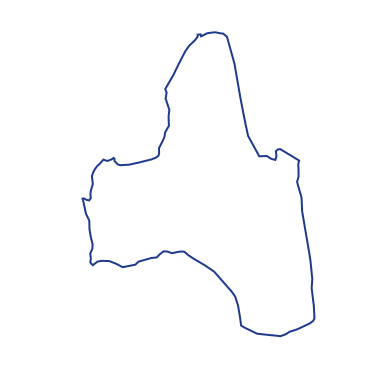 Chedepo, River Gee, Liberia (Robinson projection), rotated 82°
{"feature_id": "62588387B99879349198662", "entity_name": "Chedepo", "entity_type": "district", "adm_level": 2, "iso_a3": "LBR", "parent_name": "Liberia", "parent_adm1": "River Gee", "projection": "robinson", "projection_center": [-8.027, 5.46], "detail": "fine", "context": "isolated", "style": "outline", "palette": "blue", "viewbox_px": 384, "rotation_deg": 82, "n_neighbors": 0, "source": "geoboundaries", "source_scale": "gbopen_adm2", "svg_char_len": 2140}
<svg xmlns="http://www.w3.org/2000/svg" viewBox="0 0 384 384"><g transform="rotate(82 192 192)"><path d="M147.6,275.3L148.5,276.3L151.6,279.9L153.0,282.2L155.8,284.9L159.1,287.3L162.5,288.9L170.4,289.1L174.4,291.0L176.9,292.1L180.2,292.9L182.5,293.0L184.1,293.1L185.7,294.7L186.0,295.0L185.1,297.6L183.4,299.7L183.3,301.3L187.6,300.8L199.0,300.0L206.0,297.7L208.0,297.9L214.3,298.7L222.2,298.5L230.1,297.7L234.1,298.5L239.0,301.4L243.6,301.4L247.6,302.5L250.7,300.4L247.8,295.4L247.6,290.9L248.9,283.6L251.1,279.6L252.6,277.0L256.8,271.2L256.1,258.3L255.3,257.1L255.0,256.7L253.5,254.6L253.4,253.8L251.7,241.4L251.9,236.1L249.4,232.9L246.8,228.4L247.6,224.5L249.8,220.4L249.3,212.2L250.0,208.0L254.0,204.5L258.6,199.3L261.6,195.5L266.1,189.8L274.0,181.1L286.8,172.7L291.0,170.0L296.1,166.6L301.9,163.7L311.0,162.2L322.3,161.9L331.2,161.9L334.4,157.7L341.4,147.2L344.2,136.1L346.2,127.9L346.9,125.3L347.1,124.5L345.9,118.9L344.0,114.9L342.7,107.2L338.7,94.1L338.3,93.3L336.5,89.9L334.1,88.3L321.7,87.2L304.0,86.9L295.0,85.0L280.4,84.4L277.6,84.3L271.2,84.3L240.9,85.2L226.9,85.6L226.3,85.6L212.9,84.3L208.5,84.9L199.5,86.2L196.5,86.5L191.5,84.3L184.7,83.4L179.9,83.0L177.7,82.4L175.8,81.5L173.6,84.2L163.4,96.7L161.8,98.7L161.8,101.0L163.4,103.3L164.5,103.3L165.2,103.3L168.4,103.4L170.4,104.3L171.8,105.0L171.2,106.6L170.3,108.7L166.8,112.9L166.0,120.5L165.3,120.7L149.1,126.8L144.2,128.7L136.0,129.2L134.9,129.4L111.2,130.7L104.8,131.0L70.7,132.1L70.0,132.2L43.6,135.7L43.0,135.8L42.4,136.4L39.4,139.2L39.1,140.9L37.1,146.6L36.9,150.3L36.9,154.8L39.1,161.3L37.2,161.5L37.0,164.5L38.0,164.6L39.4,165.1L40.4,166.2L42.0,167.8L46.7,174.4L51.5,178.9L61.0,185.7L73.7,194.3L86.4,204.2L88.8,203.6L90.0,203.3L94.2,204.6L96.1,205.2L97.8,204.6L98.8,204.6L107.5,203.0L110.9,203.9L114.2,204.7L116.1,204.9L123.4,205.7L126.2,208.0L127.8,209.2L129.1,210.3L133.3,211.5L137.2,213.8L144.0,218.6L149.2,219.2L151.3,220.1L151.9,221.0L152.0,221.2L152.7,222.4L154.0,227.1L155.3,239.0L156.2,250.4L155.5,259.2L154.3,261.7L150.4,264.5L148.1,264.1L147.4,265.1L148.5,267.0L149.5,271.6L148.0,274.4L147.6,275.3Z" fill="none" stroke="#1e3a8a" stroke-width="2"/></g></svg>